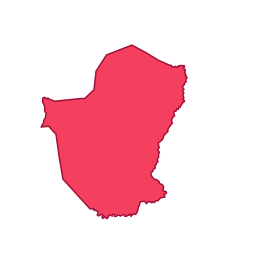 the district of San Sebastian, Lempira, Honduras, rotated 51°
{"feature_id": "27666195B86153124151915", "entity_name": "San Sebastian", "entity_type": "district", "adm_level": 2, "iso_a3": "HND", "parent_name": "Honduras", "parent_adm1": "Lempira", "projection": "mercator", "projection_center": [-88.697, 14.352], "detail": "fine", "context": "isolated", "style": "filled", "palette": "rose", "viewbox_px": 256, "rotation_deg": 51, "n_neighbors": 0, "source": "geoboundaries", "source_scale": "gbopen_adm2", "svg_char_len": 5771}
<svg xmlns="http://www.w3.org/2000/svg" viewBox="0 0 256 256"><g transform="rotate(51 128 128)"><path d="M51.2,175.6L51.8,175.7L52.6,176.8L54.2,178.1L54.7,178.2L56.1,178.3L57.5,178.7L57.7,178.8L58.0,179.1L58.6,179.2L59.3,179.7L60.0,180.0L60.3,180.1L60.7,180.5L61.4,181.5L61.6,181.6L62.2,181.8L63.0,182.3L63.4,182.3L64.7,182.2L65.0,182.2L65.3,182.4L65.7,182.8L66.6,184.2L67.7,185.3L67.9,185.7L68.2,186.3L68.5,187.4L68.7,188.0L69.0,188.5L70.1,189.7L70.8,190.6L71.2,191.4L72.0,193.6L72.3,194.2L72.7,194.7L76.7,188.6L87.6,187.9L107.7,200.0L126.8,210.7L167.0,208.4L168.3,206.6L168.6,205.8L168.9,205.4L169.1,205.3L169.4,205.4L169.6,205.7L169.8,206.1L170.0,206.3L172.0,204.9L173.7,204.1L174.0,204.0L174.5,204.2L175.0,204.7L175.8,205.8L176.0,206.3L176.1,206.5L176.6,206.6L177.0,206.6L177.5,206.3L177.9,205.9L178.0,205.5L178.1,204.3L178.3,203.5L178.7,202.7L179.1,202.4L179.5,202.2L179.9,202.3L180.2,203.0L180.6,203.9L180.8,204.2L181.4,204.4L182.1,204.5L182.3,204.4L182.5,204.2L182.5,203.9L182.6,203.6L182.5,203.4L182.0,202.5L181.9,202.1L182.2,201.9L184.3,201.7L184.8,201.5L185.2,201.2L185.2,200.9L185.0,199.6L184.1,198.2L183.9,197.7L183.8,197.3L184.0,197.0L184.3,196.7L185.4,196.2L186.2,195.8L186.5,195.7L186.4,195.4L185.9,194.9L185.7,194.5L185.7,194.0L186.0,193.3L186.4,193.0L186.7,192.8L188.1,194.0L188.5,193.8L189.0,193.4L189.1,193.1L189.5,190.7L189.6,190.3L189.8,190.1L190.0,189.9L191.0,189.5L191.8,189.0L191.9,188.7L191.9,188.2L192.1,186.7L192.4,186.0L192.7,185.8L193.3,185.8L193.8,185.8L194.6,186.0L194.9,185.9L195.1,185.6L195.5,184.8L196.0,182.9L196.5,181.9L196.5,181.6L196.3,181.2L196.2,180.9L196.3,180.6L196.4,180.3L196.7,180.1L197.0,180.2L197.4,180.4L198.2,181.2L198.4,181.2L198.5,181.1L198.5,180.4L198.2,178.3L198.2,178.0L198.4,177.6L198.7,177.2L198.9,177.1L199.3,177.0L199.6,176.8L199.9,176.3L199.9,175.9L199.4,174.7L198.0,172.2L197.4,171.3L196.4,170.2L195.9,169.4L195.6,168.8L195.4,168.1L195.3,167.8L194.7,167.0L193.9,166.3L193.6,166.0L193.4,165.3L193.4,164.7L193.5,164.2L194.3,162.9L194.9,161.9L195.4,161.4L195.8,161.2L196.1,161.1L197.1,161.2L197.9,161.4L198.1,161.4L198.3,161.3L198.3,161.1L198.3,160.9L198.0,158.9L198.1,158.5L198.2,158.2L198.6,157.8L201.0,156.5L201.1,156.2L201.0,155.8L201.1,155.5L202.4,154.5L202.2,152.1L202.8,151.0L203.3,150.6L203.4,150.3L203.1,148.6L202.9,147.7L202.9,146.6L203.3,145.6L203.7,145.1L203.8,144.7L204.8,143.0L203.8,142.1L202.2,141.7L202.5,140.5L202.8,140.0L202.9,139.8L202.7,139.1L202.2,138.6L201.8,138.5L201.4,138.6L200.9,138.9L199.4,139.9L199.0,140.1L198.8,140.1L198.4,139.8L197.6,139.2L196.3,137.5L195.6,137.2L195.0,137.0L194.2,137.0L193.4,137.2L192.7,137.5L191.4,138.2L190.8,138.4L190.6,138.4L190.0,138.1L189.8,137.9L189.6,137.6L189.4,137.5L187.1,138.2L186.2,138.2L185.9,138.4L185.5,138.9L184.8,139.5L184.4,139.8L183.8,139.9L181.6,140.0L180.4,139.9L179.6,139.7L178.7,139.3L178.1,139.0L177.6,138.6L177.4,138.4L177.3,138.0L177.3,136.5L177.2,136.1L177.1,135.8L176.4,135.1L176.2,134.7L176.1,133.8L176.1,133.5L176.3,132.7L176.3,132.4L176.2,132.1L176.0,131.8L174.6,131.2L174.3,130.2L174.2,129.4L174.2,129.1L174.0,128.9L173.5,128.5L173.2,128.0L173.1,126.3L173.0,126.0L172.4,125.7L171.4,125.3L170.9,125.0L170.7,124.8L170.3,123.9L169.8,122.4L169.2,121.9L168.3,121.4L167.8,121.0L167.3,120.3L167.1,120.0L167.0,119.4L166.6,118.9L166.3,118.8L164.9,118.8L164.2,118.8L164.0,118.7L163.8,118.5L163.6,118.2L163.1,116.7L162.8,115.9L162.6,115.8L161.8,115.8L160.9,115.5L160.7,115.4L160.6,115.0L160.5,114.8L159.4,114.3L158.9,114.0L158.5,113.6L158.6,112.9L158.9,112.2L158.9,111.9L158.7,110.9L158.7,110.4L158.8,109.5L158.6,108.6L158.5,108.0L158.1,107.3L156.9,105.5L156.5,104.8L156.4,104.0L156.0,101.8L155.9,100.3L155.7,99.2L155.4,98.7L154.8,98.5L154.5,98.2L153.9,97.3L153.6,96.5L153.1,94.7L152.7,93.0L152.2,91.8L152.2,91.4L152.4,90.9L152.4,90.7L152.0,90.4L150.3,89.8L149.4,88.9L148.5,88.3L148.4,87.7L148.3,86.9L147.7,85.9L147.9,84.5L147.9,84.2L147.7,84.0L147.3,83.8L146.0,83.5L145.5,83.1L144.6,82.6L144.4,82.4L144.3,81.3L144.4,80.6L144.6,80.4L145.0,80.3L145.0,80.0L144.9,79.7L144.7,79.3L144.2,78.7L143.9,78.3L144.8,77.5L145.0,77.3L145.1,77.1L144.9,76.8L144.3,76.3L143.9,76.0L143.8,75.8L143.8,75.6L143.9,75.4L144.3,75.2L144.6,75.0L144.7,74.7L144.6,74.1L144.0,73.6L143.9,73.2L143.9,72.8L143.9,72.6L143.4,72.2L143.4,71.8L143.4,71.1L143.2,70.4L143.0,69.9L142.7,69.5L142.6,69.2L142.6,68.6L142.9,68.2L143.0,67.9L143.0,67.5L142.9,67.4L142.6,67.1L142.0,67.0L141.5,67.1L140.9,67.3L140.5,67.3L140.3,67.2L140.0,66.8L139.9,66.0L139.6,65.5L139.3,65.4L137.8,65.1L137.4,65.0L137.1,64.6L136.5,63.6L136.0,62.7L135.8,62.6L135.1,62.5L134.2,62.3L133.8,62.1L133.6,61.9L133.4,61.7L133.3,61.4L133.3,60.8L133.3,60.4L133.2,60.2L132.7,60.1L131.8,60.1L131.3,60.0L130.7,59.7L130.1,59.2L129.9,58.9L129.8,57.1L129.5,56.6L128.9,55.9L128.5,55.0L128.5,54.5L128.7,53.9L128.7,53.7L128.1,53.4L127.4,53.1L126.8,52.6L126.5,52.4L126.4,52.1L126.2,51.4L126.1,51.0L126.2,50.6L126.2,50.4L125.7,50.4L123.8,50.6L123.3,49.6L122.9,49.6L122.2,49.8L121.7,49.7L120.6,48.3L119.9,48.3L119.1,48.0L119.0,47.0L118.8,47.0L118.5,46.8L118.3,46.9L116.9,47.6L116.6,47.3L116.3,46.6L116.2,46.3L116.2,45.8L116.1,45.5L115.9,45.4L115.7,45.3L114.8,45.3L114.6,45.3L114.5,45.5L114.6,45.9L114.4,46.3L113.4,46.7L113.0,47.4L112.5,47.9L112.3,48.1L112.1,48.6L112.3,49.1L112.2,49.7L111.4,49.8L111.5,51.1L111.2,51.7L111.1,52.1L110.9,52.2L109.7,52.6L109.8,53.2L109.8,53.8L109.6,54.0L108.7,54.5L108.2,55.0L107.7,55.5L107.4,55.2L107.1,55.1L106.7,55.0L106.4,55.1L106.1,55.3L105.9,55.5L105.6,56.1L94.1,61.9L80.9,66.6L66.0,72.8L57.7,98.7L63.7,117.0L76.8,130.3L77.9,143.1L75.7,145.7L61.0,168.2L55.8,171.1L55.6,171.3L55.4,171.5L55.1,171.5L54.6,171.4L54.4,171.4L54.3,171.6L54.3,172.2L54.2,172.6L53.3,173.0L52.9,173.1L51.7,173.6L51.5,173.8L51.4,174.1L51.3,174.9L51.2,175.6Z" fill="#f43f5e" stroke="#9f1239" stroke-width="1.5"/></g></svg>